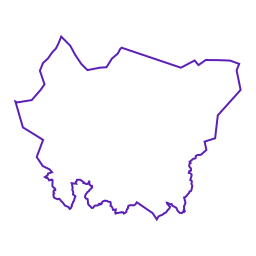 the district of Kynousa, Paphos, Cyprus
{"feature_id": "46923920B40199798035412", "entity_name": "Kynousa", "entity_type": "district", "adm_level": 2, "iso_a3": "CYP", "parent_name": "Cyprus", "parent_adm1": "Paphos", "projection": "natural_earth1", "projection_center": [32.509, 35.034], "detail": "fine", "context": "isolated", "style": "outline", "palette": "violet", "viewbox_px": 256, "rotation_deg": 0, "n_neighbors": 0, "source": "geoboundaries", "source_scale": "gbopen_adm2", "svg_char_len": 2935}
<svg xmlns="http://www.w3.org/2000/svg" viewBox="0 0 256 256"><path d="M239.2,63.9L230.2,60.6L220.7,60.2L205.7,60.0L198.5,65.1L194.6,60.5L180.9,67.7L121.6,47.7L120.1,49.1L117.9,53.5L111.9,58.6L106.5,67.2L99.7,67.7L87.5,70.1L81.4,64.1L75.2,54.9L70.3,45.8L61.2,36.6L58.6,43.2L55.8,48.7L52.5,52.0L47.9,58.5L43.0,63.0L39.9,70.7L44.5,84.3L40.6,89.9L31.7,100.1L17.2,102.4L15.4,101.5L22.9,127.4L43.1,139.9L36.7,157.0L42.7,166.0L49.6,169.4L52.0,172.2L48.0,173.6L47.6,175.3L45.4,176.7L44.9,177.0L45.5,177.4L46.3,178.0L47.3,177.8L48.3,178.9L48.7,179.6L49.0,180.3L49.7,180.2L50.6,180.1L51.5,179.5L51.8,179.5L52.6,180.2L52.5,181.6L52.5,184.1L52.3,185.0L52.6,186.6L55.0,188.6L55.4,189.9L54.9,190.4L53.8,190.4L53.6,191.3L53.4,192.2L54.2,193.5L53.4,194.3L53.5,194.9L53.7,197.1L53.9,197.4L54.9,198.1L57.7,199.3L58.8,198.8L59.5,198.9L60.3,199.9L60.8,200.8L62.5,202.3L63.5,203.5L64.7,205.3L65.6,205.8L68.4,207.0L69.7,208.9L70.3,208.7L70.6,208.2L71.0,207.9L71.3,207.3L71.5,206.3L71.9,205.9L72.0,205.8L71.8,205.0L72.0,204.4L72.8,203.1L73.1,201.8L73.8,201.2L74.0,200.2L75.4,196.3L73.0,194.4L73.3,192.3L72.3,189.8L72.7,187.2L72.3,186.3L72.2,184.9L71.7,183.2L73.7,183.5L76.2,183.7L75.9,183.1L75.9,181.9L76.7,181.0L77.0,179.8L80.0,179.7L83.7,182.2L83.5,183.1L85.5,183.5L86.2,184.0L87.8,183.9L89.2,181.5L89.4,181.7L89.4,184.1L90.1,185.1L91.0,186.0L92.0,185.9L92.1,187.5L89.1,190.5L88.8,191.3L87.4,192.0L85.3,195.3L84.9,196.9L86.0,198.5L87.6,199.1L87.8,200.8L88.0,202.1L88.0,203.6L89.0,205.3L90.0,206.0L91.8,208.0L93.1,207.8L94.0,206.6L94.4,206.0L95.1,205.5L95.7,205.5L97.2,205.5L97.9,205.3L99.1,203.9L99.9,204.6L100.5,203.9L100.7,204.2L101.4,204.0L102.5,201.6L104.9,200.6L105.5,200.9L107.0,200.9L108.1,201.6L110.4,202.0L110.8,204.0L110.5,205.9L111.4,206.2L112.3,207.6L113.1,209.9L115.8,209.5L115.2,212.0L115.5,213.5L116.0,213.5L116.8,213.0L118.7,212.8L120.4,212.5L121.4,212.1L121.9,212.5L123.3,212.4L123.8,213.5L125.5,212.6L126.3,211.9L126.8,209.6L128.2,207.9L127.9,207.3L128.5,205.7L131.2,205.1L132.7,205.3L133.7,205.3L135.0,204.7L136.0,203.5L136.8,202.3L152.6,213.1L156.8,219.4L158.4,216.6L159.9,215.7L162.5,214.7L164.2,213.3L166.2,212.3L167.9,209.8L169.2,208.7L170.1,206.8L168.6,205.5L168.2,204.6L167.3,204.0L166.9,202.7L167.8,202.9L168.7,203.7L170.7,204.2L171.7,204.1L172.3,205.6L176.4,207.9L177.5,210.6L179.5,212.7L181.8,213.1L182.9,212.1L183.9,212.0L183.5,210.8L183.7,210.1L184.5,210.4L184.2,209.6L184.0,206.4L185.5,202.8L184.1,197.4L185.3,197.1L187.1,195.3L188.0,194.0L189.2,192.7L189.6,191.4L190.9,191.1L191.4,190.0L191.8,188.3L192.3,185.8L191.4,183.8L191.9,182.1L191.6,180.8L190.3,180.1L190.9,177.9L191.5,175.9L191.6,174.4L190.4,173.4L188.8,172.9L189.3,171.1L191.0,170.6L190.9,168.3L190.0,167.5L189.1,165.9L189.6,163.7L190.6,163.0L189.6,161.8L193.3,158.8L194.9,158.5L195.6,158.2L195.8,156.0L197.5,155.0L200.9,154.8L206.4,149.9L204.6,141.6L215.1,138.3L217.8,115.3L240.6,89.9L236.6,70.3L239.2,63.9Z" fill="none" stroke="#5b21b6" stroke-width="2"/></svg>